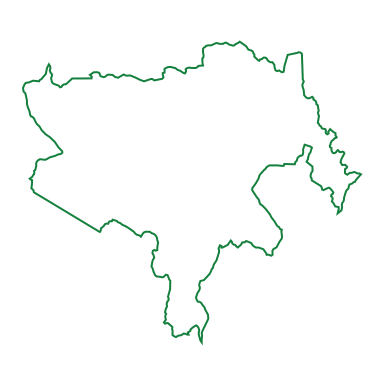 Jequié, Bahia, Brazil
{"feature_id": "56859067B57487356001023", "entity_name": "Jequié", "entity_type": "district", "adm_level": 2, "iso_a3": "BRA", "parent_name": "Brazil", "parent_adm1": "Bahia", "projection": "natural_earth1", "projection_center": [-40.087, -13.948], "detail": "fine", "context": "isolated", "style": "outline", "palette": "green", "viewbox_px": 384, "rotation_deg": 0, "n_neighbors": 0, "source": "geoboundaries", "source_scale": "gbopen_adm2", "svg_char_len": 5906}
<svg xmlns="http://www.w3.org/2000/svg" viewBox="0 0 384 384"><path d="M281.8,229.7L280.6,229.3L279.7,228.4L279.0,227.0L277.7,226.4L276.6,225.0L274.5,221.4L271.3,217.2L270.0,214.5L265.9,209.2L262.5,205.7L260.2,204.1L259.4,202.1L259.2,200.6L258.4,199.0L257.0,197.5L252.2,190.2L252.3,188.2L255.9,183.2L258.5,178.7L259.4,175.6L260.2,174.3L264.2,169.9L265.5,168.9L266.4,167.3L269.3,165.4L277.6,165.4L282.0,165.9L283.8,165.8L284.3,164.0L294.8,164.3L295.3,162.2L296.7,160.8L297.7,157.6L300.3,155.6L301.6,155.7L302.7,154.8L303.2,152.7L303.1,149.5L304.6,144.7L310.4,146.5L311.9,147.6L310.3,152.7L309.3,153.7L308.2,157.1L308.0,159.1L306.6,161.8L312.4,166.5L312.6,170.8L311.0,173.5L310.6,175.6L310.7,177.0L311.7,178.7L311.8,180.4L321.2,186.2L322.3,189.7L323.5,190.1L328.3,187.8L329.5,187.8L332.0,190.5L333.4,192.5L332.7,194.0L331.5,194.5L331.0,196.1L332.1,197.2L332.7,198.7L331.9,201.5L333.4,203.0L335.2,206.4L338.6,207.1L338.7,209.0L337.7,213.3L341.5,210.3L342.1,206.5L341.8,205.1L342.2,203.1L343.4,201.5L343.9,199.9L344.1,197.5L345.8,191.9L346.5,190.4L348.1,188.9L348.7,187.5L348.8,186.0L349.5,184.5L352.2,183.5L353.4,182.3L355.2,181.7L355.7,180.2L361.0,174.3L359.0,173.4L357.4,173.5L355.5,172.4L354.0,172.0L351.4,172.9L349.7,172.9L347.3,174.7L346.0,174.0L345.1,173.2L344.9,171.2L345.1,169.0L346.5,168.2L347.1,166.7L345.2,164.8L342.1,165.0L340.5,162.0L341.6,158.6L344.4,153.4L343.6,152.0L342.3,151.7L340.6,152.2L339.4,151.9L338.0,150.1L336.7,151.1L335.9,152.4L334.5,153.2L332.9,152.9L331.9,151.5L331.4,149.9L331.5,148.0L330.0,147.1L329.8,145.6L330.5,144.5L330.8,142.7L331.7,141.0L333.4,139.7L334.5,138.3L335.7,138.1L336.7,137.2L335.5,135.5L335.5,133.2L333.4,132.0L330.1,129.1L328.2,131.9L328.6,133.5L327.3,134.3L326.0,133.3L325.7,131.9L325.9,130.6L325.4,129.2L321.9,128.4L320.9,126.3L319.6,125.6L319.0,124.0L317.8,122.8L319.0,115.9L318.3,114.5L318.0,112.2L318.7,110.9L317.7,105.1L316.3,104.1L316.3,102.3L315.4,100.8L313.3,99.3L313.4,97.9L312.2,96.8L309.7,98.1L308.2,98.4L306.3,97.6L304.2,95.3L303.6,89.5L302.9,87.9L302.3,84.8L303.8,81.5L302.8,79.5L301.9,53.8L300.6,52.6L298.7,52.2L297.2,52.9L287.7,54.9L284.5,65.8L283.7,71.7L281.9,72.3L279.1,70.4L277.3,71.1L275.6,70.4L274.7,67.9L274.3,64.8L272.4,62.2L270.7,62.3L268.8,61.4L267.5,60.2L266.8,58.6L265.4,57.6L263.6,57.6L261.9,59.0L260.2,59.4L259.2,60.8L258.0,60.1L254.3,56.6L254.4,54.6L253.4,53.3L253.0,51.7L251.4,50.5L248.4,49.6L246.1,46.2L239.7,41.7L238.2,42.9L235.5,44.1L234.3,45.4L232.9,45.6L229.3,44.6L226.4,42.7L224.5,42.9L223.2,43.8L221.1,43.9L219.8,43.9L217.2,43.1L215.9,43.2L211.2,45.3L208.3,45.3L205.9,46.0L205.0,47.1L203.8,47.7L203.0,48.9L203.0,52.0L203.6,55.5L203.3,57.5L202.3,58.5L202.5,63.3L203.0,65.5L198.3,65.9L197.4,67.2L195.5,68.0L191.5,68.0L189.6,67.6L187.3,68.0L185.7,69.1L186.0,71.6L185.0,73.4L183.5,73.0L180.1,70.7L177.8,70.0L175.1,67.9L173.6,67.8L171.0,66.9L167.6,67.2L164.6,68.7L164.5,72.6L162.7,73.1L162.8,74.9L163.5,77.3L162.2,78.8L154.3,80.4L152.3,79.0L150.9,79.0L144.1,81.3L139.9,79.8L135.8,77.7L130.0,75.4L127.4,75.7L125.7,75.5L123.7,74.5L118.1,77.7L115.1,77.0L112.7,75.0L108.5,74.6L107.2,75.0L105.4,76.6L103.7,77.2L100.5,76.1L99.2,72.8L97.1,72.2L93.7,72.3L89.9,74.9L91.8,76.6L91.5,78.4L72.2,78.5L66.0,84.2L64.2,84.3L62.5,85.3L61.5,86.9L60.0,87.3L58.8,85.7L53.6,83.8L52.1,82.5L51.1,78.3L52.1,75.1L51.6,73.7L50.5,72.6L49.8,70.5L50.4,68.3L50.2,66.4L48.9,64.3L47.0,68.1L45.8,73.9L41.4,79.1L39.8,80.0L39.1,81.3L33.1,80.7L28.9,82.4L25.8,82.9L24.5,84.5L23.0,88.0L23.6,91.6L25.4,93.4L26.9,100.3L27.0,104.2L27.7,106.8L29.5,111.4L30.1,114.7L30.9,116.3L32.4,116.9L33.8,118.1L35.9,122.5L37.0,124.1L39.5,126.5L41.8,130.3L45.7,134.3L49.9,137.2L54.8,141.9L58.5,147.4L62.2,151.2L62.3,152.8L60.8,153.9L57.7,154.6L55.0,155.9L49.9,157.3L46.3,159.4L45.0,159.8L40.0,159.2L38.0,160.3L36.7,161.8L36.1,163.7L36.3,165.6L35.3,169.9L34.1,170.8L34.3,172.6L33.9,174.4L32.9,175.4L32.4,176.7L29.7,178.7L30.7,179.6L32.1,180.2L32.0,183.9L31.4,188.3L33.4,190.2L33.9,192.3L99.8,232.0L100.8,230.4L101.0,228.4L103.9,225.9L104.9,224.2L106.4,223.6L108.2,223.7L109.0,221.8L110.2,221.2L111.8,221.3L112.6,219.7L116.9,221.0L117.8,222.1L120.7,223.3L122.1,224.7L125.4,226.1L129.3,228.5L134.1,232.0L135.0,233.3L136.6,234.6L140.0,235.7L140.9,236.7L142.9,233.5L144.1,232.3L145.8,231.7L150.0,231.8L151.2,232.9L154.1,234.1L155.5,235.2L156.9,237.6L157.2,239.9L158.1,242.4L157.5,246.0L157.2,250.2L155.8,250.7L154.5,249.9L152.9,250.8L152.4,253.1L153.6,255.2L154.2,257.8L153.1,259.5L152.4,261.4L151.5,266.6L152.4,267.9L153.7,272.1L155.3,275.5L156.8,276.5L160.3,276.8L161.9,277.3L163.4,277.1L165.9,274.7L167.6,275.1L169.3,279.6L170.3,280.8L170.1,289.2L168.0,296.7L168.7,298.7L168.5,300.1L166.9,302.5L166.7,304.4L167.0,306.5L165.9,308.8L165.0,312.3L166.2,313.9L165.4,315.2L165.3,317.3L165.9,319.6L163.9,322.5L165.1,323.7L166.5,323.1L168.1,323.2L172.4,327.0L172.1,328.9L172.6,330.8L172.5,335.0L174.2,336.3L176.0,337.1L177.7,336.0L179.4,335.4L181.2,335.3L183.5,333.6L184.8,333.7L187.4,334.6L188.6,334.6L187.8,332.5L190.3,331.0L190.5,329.5L193.1,327.2L196.0,325.4L197.2,326.0L198.5,327.8L199.2,330.0L198.7,333.3L198.9,335.1L200.4,340.4L201.7,342.3L201.7,339.4L202.1,335.4L201.7,333.2L202.4,331.0L207.8,319.9L208.3,318.7L208.0,314.8L205.0,309.1L204.6,307.5L202.2,304.6L201.2,302.8L199.3,301.8L197.6,301.5L196.6,299.5L196.0,297.5L197.5,293.0L199.2,290.4L199.8,288.7L199.8,287.3L199.2,285.3L199.5,283.4L200.4,281.0L203.9,280.1L209.4,274.2L211.1,271.1L211.8,269.1L212.8,268.1L213.8,264.5L216.5,260.4L219.0,252.4L219.1,250.5L218.6,248.4L220.0,245.3L221.5,246.1L221.5,247.6L222.7,247.5L227.7,244.9L230.8,240.5L231.8,241.6L232.2,243.2L233.6,244.6L235.2,244.9L236.4,246.4L237.8,247.5L241.0,244.7L242.2,242.5L244.9,242.2L246.2,241.0L251.2,243.0L252.9,245.6L255.7,247.5L259.0,247.6L263.4,249.3L266.3,253.4L266.6,254.8L268.1,254.6L271.3,255.7L272.6,254.7L272.4,250.9L273.5,249.0L276.6,247.3L279.4,241.9L281.8,238.5L282.0,236.5L281.4,231.5L281.8,229.7Z" fill="none" stroke="#15803d" stroke-width="2"/></svg>